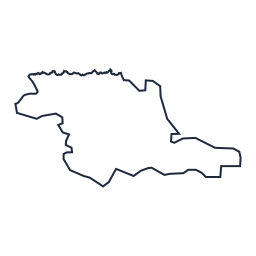 outline of Kochkor, Naryn, Kyrgyzstan
{"feature_id": "92254566B91475700804664", "entity_name": "Kochkor", "entity_type": "district", "adm_level": 2, "iso_a3": "KGZ", "parent_name": "Kyrgyzstan", "parent_adm1": "Naryn", "projection": "mercator", "projection_center": [75.232, 42.072], "detail": "fine", "context": "isolated", "style": "outline", "palette": "slate", "viewbox_px": 256, "rotation_deg": 0, "n_neighbors": 0, "source": "geoboundaries", "source_scale": "gbopen_adm2", "svg_char_len": 3522}
<svg xmlns="http://www.w3.org/2000/svg" viewBox="0 0 256 256"><path d="M29.4,75.0L28.4,76.5L29.4,77.9L32.2,81.1L34.7,85.4L37.4,91.0L37.6,91.9L36.1,93.6L33.9,93.8L30.3,93.6L28.6,94.0L24.6,94.9L22.9,96.4L22.0,97.7L18.2,102.6L16.7,103.5L15.4,103.8L17.0,112.9L36.7,118.8L42.0,116.0L55.8,113.6L62.3,117.3L62.6,123.2L58.3,125.0L62.7,132.4L69.0,134.4L66.0,141.1L65.8,145.0L71.5,147.7L72.1,152.3L66.8,152.3L63.6,154.1L63.6,154.7L63.6,159.1L63.9,159.6L70.1,170.1L83.7,176.0L89.7,177.6L103.1,186.4L108.8,182.1L116.1,168.9L133.6,176.0L140.9,170.7L148.2,168.1L151.6,167.7L164.4,174.9L170.0,173.8L183.4,173.2L188.2,169.8L195.9,169.8L201.5,172.7L205.8,177.0L220.3,177.0L221.2,166.1L240.1,166.1L240.6,157.8L239.3,151.8L233.4,148.5L215.0,147.8L195.4,137.9L182.8,138.5L174.2,142.8L171.0,141.5L171.5,134.0L179.1,133.8L167.2,118.8L160.6,96.3L160.2,86.2L152.8,80.9L145.8,80.4L145.3,90.3L139.4,90.8L129.1,80.5L123.8,80.1L121.7,75.5L121.0,72.9L120.6,73.1L120.2,73.0L119.9,72.9L119.3,73.2L118.9,73.2L118.8,74.0L118.4,74.2L118.1,74.5L117.6,74.7L117.0,74.7L116.6,75.0L116.1,74.7L115.5,74.8L114.7,74.8L114.3,74.2L114.2,73.9L113.9,73.7L113.5,73.9L113.2,74.1L112.7,74.2L112.2,74.2L111.7,73.8L111.5,73.4L111.2,73.2L111.2,72.2L111.0,71.8L111.1,71.6L111.5,71.4L111.5,70.9L111.3,70.6L111.3,70.4L111.0,70.2L110.4,69.6L110.3,70.0L110.1,70.2L109.8,70.4L109.0,70.9L107.7,72.5L107.2,72.7L106.5,72.2L106.2,72.6L105.9,72.8L105.3,73.0L105.0,72.7L104.8,72.5L104.1,72.7L103.9,73.0L103.7,73.1L103.0,73.2L102.5,73.5L101.9,73.3L101.3,72.9L100.8,72.4L100.7,72.4L100.3,72.4L99.9,72.7L99.6,73.1L99.2,73.2L99.1,73.7L98.9,74.0L98.6,74.2L98.2,74.2L97.5,73.8L97.5,73.6L97.1,73.2L96.9,73.0L96.8,72.5L96.4,72.2L96.0,71.6L95.5,71.2L95.0,70.7L94.7,70.2L94.1,70.8L93.8,70.9L93.5,70.9L92.9,71.7L92.4,72.0L92.1,72.6L91.8,72.8L91.5,73.2L91.1,73.1L90.6,73.2L90.3,73.1L90.0,73.3L89.6,73.1L89.2,73.0L88.7,73.2L88.5,73.3L88.1,73.5L87.5,73.4L86.8,73.6L86.6,73.8L86.1,74.1L85.6,74.6L85.3,74.5L84.9,74.5L84.4,75.0L83.9,75.3L83.4,75.1L83.0,75.1L82.7,75.1L82.3,74.7L81.9,75.2L81.1,75.4L80.4,75.0L80.2,74.5L79.2,73.9L78.4,73.2L78.0,73.3L77.0,73.3L76.6,73.5L75.9,73.3L75.3,73.0L75.1,72.9L74.5,72.6L73.7,72.6L72.9,73.5L72.1,74.1L71.7,74.0L71.4,74.2L70.9,74.1L70.5,74.0L70.2,74.1L69.9,74.0L69.5,74.0L69.2,73.9L68.8,73.5L68.7,73.4L68.0,73.1L67.8,73.1L67.5,72.7L67.4,72.6L67.3,71.9L66.3,71.7L66.0,71.2L65.5,71.4L65.2,71.4L64.3,71.1L64.4,71.5L63.8,71.9L63.8,72.2L63.7,72.4L63.5,72.7L63.2,72.7L63.1,73.1L62.3,73.5L61.9,73.5L61.8,74.1L61.2,74.6L61.0,74.8L60.7,74.7L60.1,74.6L59.5,74.8L58.4,74.5L58.1,74.9L57.8,74.9L57.5,75.0L57.2,75.0L56.8,74.8L56.1,74.4L55.8,73.8L55.6,73.3L54.8,72.4L54.9,71.9L54.9,71.5L54.5,71.3L54.2,71.2L53.7,71.2L52.9,71.0L52.6,71.1L52.4,72.3L52.3,72.6L51.9,72.7L51.5,72.7L51.2,72.7L50.9,72.7L50.6,72.9L50.1,73.1L50.1,73.3L49.8,74.1L48.6,74.4L47.5,74.4L47.0,74.2L45.7,73.4L45.5,73.5L45.2,73.3L45.0,73.0L43.9,72.6L43.8,72.8L43.5,72.8L43.2,72.8L43.0,72.6L42.8,72.3L42.5,72.1L42.2,72.9L42.1,73.1L41.6,73.2L41.2,73.2L41.2,73.5L40.9,73.8L40.2,74.1L39.6,74.2L39.3,74.1L39.2,73.9L39.0,73.7L38.9,73.6L38.9,73.4L38.7,73.4L38.4,73.2L38.1,73.0L37.8,73.3L37.4,73.4L37.2,73.5L37.0,73.8L36.9,73.7L36.5,73.7L36.2,73.7L36.1,73.8L35.7,74.1L35.6,74.4L35.3,74.4L35.2,74.5L35.1,74.4L34.9,74.3L34.7,74.1L34.4,74.0L34.2,74.0L34.1,74.3L33.9,74.5L33.7,74.6L33.1,74.4L33.0,74.2L32.8,74.2L32.7,74.2L32.4,74.2L32.2,74.2L32.1,74.4L31.8,74.4L31.6,74.3L31.4,74.4L31.2,74.3L31.1,74.2L30.8,74.3L30.7,74.4L30.5,74.5L30.4,74.5L30.0,74.6L29.7,74.6L29.4,75.0Z" fill="none" stroke="#1e293b" stroke-width="2"/></svg>